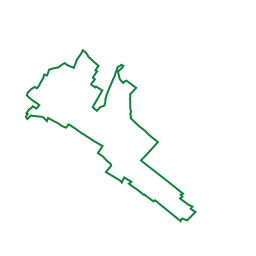 Chankom, Yucatán, Mexico, rotated 304°
{"feature_id": "50627088B93169403456480", "entity_name": "Chankom", "entity_type": "district", "adm_level": 2, "iso_a3": "MEX", "parent_name": "Mexico", "parent_adm1": "Yucatán", "projection": "equal_earth", "projection_center": [-88.544, 20.463], "detail": "fine", "context": "isolated", "style": "outline", "palette": "green", "viewbox_px": 256, "rotation_deg": 304, "n_neighbors": 0, "source": "geoboundaries", "source_scale": "gbopen_adm2", "svg_char_len": 5254}
<svg xmlns="http://www.w3.org/2000/svg" viewBox="0 0 256 256"><g transform="rotate(304 128 128)"><path d="M146.4,39.2L145.0,38.5L143.1,37.7L141.9,37.3L141.3,37.1L141.0,37.1L140.5,36.9L139.8,36.6L139.1,36.5L138.9,35.9L137.9,35.0L135.5,32.6L134.7,31.9L133.5,30.9L132.3,30.0L127.8,31.2L126.2,31.4L125.5,28.7L123.3,29.2L122.7,29.7L114.7,30.3L113.7,30.7L109.8,30.1L110.0,27.9L106.5,26.1L101.1,25.1L100.6,25.3L98.4,25.9L98.3,26.4L98.3,26.7L98.2,27.6L98.1,28.2L97.9,28.7L97.9,29.1L97.8,29.7L97.8,30.2L97.8,30.5L97.7,31.4L97.7,31.7L97.6,32.0L97.6,32.3L97.5,33.2L97.5,33.7L97.5,34.5L97.5,35.0L97.5,35.4L97.5,35.7L97.5,37.0L97.5,37.4L97.5,37.6L97.5,37.9L97.5,38.1L97.5,38.3L97.6,39.0L97.6,39.3L97.6,39.6L97.5,39.8L97.5,40.1L97.5,40.4L97.4,40.7L97.4,41.0L97.3,41.8L97.2,41.8L96.8,41.7L96.4,41.6L95.9,41.6L95.6,41.5L95.2,41.5L94.5,41.4L93.8,41.2L93.6,41.2L93.4,41.2L93.1,41.1L92.9,41.1L92.9,40.3L92.9,39.4L92.9,39.1L92.9,38.9L92.9,38.6L92.9,38.2L92.9,37.9L92.8,36.9L90.6,36.7L88.6,35.8L88.2,35.7L83.5,35.5L83.5,37.0L80.2,37.0L79.8,37.7L79.4,38.5L79.2,39.2L79.1,39.6L83.8,40.4L88.2,48.7L89.1,50.3L89.5,52.0L88.4,56.9L91.6,56.2L92.4,64.3L92.9,68.2L92.6,71.7L93.6,76.4L95.9,76.8L96.8,76.7L97.9,76.8L97.9,77.8L97.9,78.1L98.0,79.1L98.0,79.5L98.0,80.3L98.0,81.2L98.0,82.3L98.0,83.0L98.0,83.5L98.0,83.9L98.0,84.3L98.0,84.7L98.0,85.1L97.9,87.0L97.9,87.8L97.9,88.5L97.8,88.9L97.8,89.8L97.8,91.0L97.8,91.7L97.8,91.9L97.8,92.8L97.9,93.5L97.9,94.3L97.9,94.9L97.9,95.1L98.0,96.0L98.0,96.5L98.0,97.0L98.0,97.4L98.0,98.0L98.0,98.7L98.0,101.3L98.1,101.8L98.1,102.4L98.1,103.3L98.1,104.1L98.1,105.5L98.1,106.5L98.1,106.9L98.2,108.4L98.2,109.0L98.3,110.0L98.4,111.6L98.5,112.8L98.6,113.8L98.6,114.8L98.7,115.2L98.9,117.0L90.4,117.0L90.3,123.3L88.9,129.3L88.6,133.6L87.4,135.2L79.2,134.3L79.2,134.5L79.2,134.9L79.2,135.3L79.2,135.5L79.2,135.8L79.2,136.3L79.2,136.6L79.2,136.9L79.3,137.3L79.3,137.6L79.3,137.9L79.3,138.4L79.3,138.8L79.4,139.1L79.4,140.1L79.5,140.8L79.5,141.4L79.5,141.7L79.6,142.7L79.6,143.1L79.6,143.5L79.7,143.8L79.7,144.1L79.7,144.4L79.7,144.7L79.7,145.2L79.8,145.8L79.8,146.7L79.8,147.1L79.9,147.4L79.9,147.9L79.9,148.7L80.0,148.8L80.0,149.5L80.0,150.5L80.0,151.0L79.9,151.5L79.8,151.8L79.7,152.3L79.4,152.9L79.3,153.3L84.9,152.5L85.3,160.9L82.3,159.9L82.0,164.8L82.1,170.1L81.4,178.6L82.0,178.8L81.8,180.7L81.4,190.0L83.2,190.9L82.0,204.0L81.5,209.3L80.2,223.6L81.1,223.2L83.3,223.5L84.4,228.7L96.1,230.9L96.0,225.1L98.9,225.4L98.4,222.6L98.2,221.4L98.6,210.6L101.5,211.5L102.0,209.1L102.9,209.6L103.2,209.8L103.5,210.0L104.3,210.4L104.9,203.3L105.0,202.3L106.3,186.3L107.7,164.8L108.4,156.9L119.8,158.8L133.1,160.7L133.7,152.4L134.3,148.1L135.2,143.8L135.7,136.2L137.7,124.5L139.5,123.8L140.9,122.0L142.4,121.7L142.9,121.6L143.3,121.5L144.2,120.2L145.0,119.5L145.7,118.9L146.2,118.5L147.9,117.3L148.6,116.9L149.7,115.9L150.1,115.8L150.8,115.5L153.1,113.4L155.3,112.4L156.0,112.0L156.9,110.9L164.4,112.1L165.8,112.3L166.4,100.3L164.7,99.3L162.6,98.7L163.0,97.1L163.1,96.5L163.5,94.9L164.3,93.5L164.6,93.0L165.2,92.4L165.7,91.9L167.5,89.9L169.3,88.2L169.5,88.2L174.0,89.3L175.5,89.5L176.9,89.5L176.8,87.2L174.6,86.5L173.0,85.4L172.7,85.4L172.2,85.8L170.7,85.7L169.6,86.3L166.2,87.0L163.8,87.9L162.6,88.2L160.9,88.2L160.5,88.4L158.8,88.6L158.1,88.8L154.1,89.6L153.3,89.7L153.2,89.7L152.6,89.8L152.2,89.9L150.4,90.3L147.3,90.9L146.4,91.1L145.4,91.3L143.6,91.7L140.9,92.6L140.3,93.0L139.8,93.0L139.1,93.2L138.3,93.8L137.2,94.6L133.5,95.8L132.6,95.5L129.9,93.3L124.9,92.6L125.1,91.2L125.2,90.2L125.4,88.8L125.5,87.6L125.6,87.1L135.1,86.4L144.8,85.7L144.6,81.2L144.6,80.3L144.5,79.7L144.5,78.4L143.4,78.4L143.3,73.3L144.2,73.0L145.1,72.8L146.8,73.1L147.7,73.4L148.6,73.3L149.9,73.3L150.0,72.7L150.0,71.0L150.0,70.7L151.1,70.6L153.5,70.6L155.3,70.6L157.7,70.7L157.6,69.1L157.6,68.8L159.9,68.7L160.4,68.7L160.9,68.7L161.0,68.7L161.9,68.7L162.0,68.8L162.8,68.8L163.1,68.8L163.2,67.9L163.3,67.0L163.4,66.1L163.4,65.8L163.4,65.5L163.5,65.2L163.6,64.7L163.6,64.2L163.7,63.7L163.7,63.2L163.8,62.6L163.8,62.3L163.8,62.1L163.8,61.8L164.0,61.3L164.1,60.8L164.1,60.5L164.1,60.3L164.2,60.1L164.1,59.9L164.2,59.6L164.3,59.3L164.4,58.7L164.5,58.4L164.5,58.0L164.6,57.8L164.6,57.3L164.7,56.9L164.6,56.3L164.6,56.1L164.7,55.9L164.9,55.6L165.0,55.5L165.2,55.0L165.2,54.8L165.4,54.5L165.5,54.4L165.6,54.1L165.8,53.7L165.9,53.4L166.0,53.2L166.2,52.9L166.3,52.6L166.5,52.2L166.6,51.9L166.8,51.3L166.9,51.0L166.9,50.6L167.0,50.4L167.0,50.0L167.0,49.5L167.0,49.0L167.0,48.8L167.0,48.6L167.0,48.3L167.1,47.6L167.2,47.3L167.2,47.1L166.9,47.1L166.6,47.1L166.3,47.2L166.1,47.2L165.9,47.3L165.6,47.3L165.4,47.3L165.0,47.4L164.6,47.4L164.4,47.4L164.1,47.5L163.8,47.5L163.5,47.6L163.2,47.6L162.9,47.6L162.7,47.6L162.4,47.6L161.6,47.5L161.3,47.5L161.1,47.5L160.9,47.5L160.5,47.5L160.2,47.5L159.8,47.5L159.6,47.5L159.4,47.5L159.0,47.5L158.7,47.5L158.3,47.4L158.0,47.5L157.8,47.5L157.5,47.5L157.2,47.4L156.8,47.4L156.6,47.5L156.4,47.5L155.2,47.7L154.0,47.9L153.3,48.2L147.5,49.4L147.5,49.2L147.4,48.2L147.3,47.7L147.2,47.1L147.0,46.8L147.0,46.5L146.9,46.1L146.8,45.9L146.7,45.3L146.6,45.0L146.4,44.1L146.4,43.9L146.3,42.9L146.3,42.4L146.2,42.4L146.2,42.1L146.2,41.9L146.2,41.7L146.2,41.4L146.2,41.1L146.3,40.9L146.3,40.7L146.4,40.1L146.4,39.2Z" fill="none" stroke="#15803d" stroke-width="2"/></g></svg>